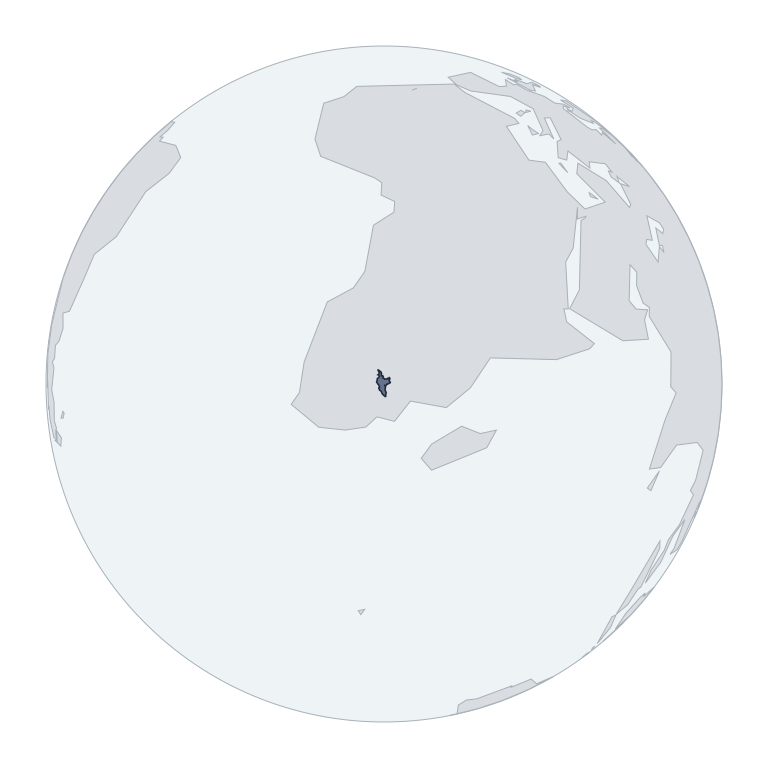 Matabeleland South on an orthographic globe, rotated 44°
{"feature_id": "ZWE-530", "entity_name": "Matabeleland South", "entity_type": "Province", "adm_level": 1, "iso_a3": "ZWE", "parent_name": "Zimbabwe", "parent_adm1": "", "projection": "orthographic", "projection_center": [29.218, -20.916], "detail": "fine", "context": "on_globe", "style": "filled", "palette": "slate", "viewbox_px": 768, "rotation_deg": 44, "n_neighbors": 0, "source": "natural_earth", "source_scale": "10m", "svg_char_len": 8107}
<svg xmlns="http://www.w3.org/2000/svg" viewBox="0 0 768 768"><g transform="rotate(44 384 384)"><circle cx="384" cy="384" r="338" fill="#eef3f6" stroke="#a8b0b8"/><path d="M48.8,341.4L48.6,343.5L51.6,341.1L52.2,351.8L51.3,361.7L53.7,359.9L53.8,365.3L68.5,357.0L80.5,362.3L83.1,381.8L79.0,411.1L89.1,464.0L85.5,492.0L93.9,513.6L107.2,550.2L103.8,556.0L114.4,566.8L120.4,578.9L120.8,584.5L129.2,594.3L129.9,598.2L135.4,601.7L148.9,618.9L159.4,626.4L172.4,639.5L179.3,643.4L179.7,644.9L183.3,648.5L187.7,651.5L183.5,651.7L168.3,641.4L159.5,633.6L159.8,634.8L139.8,615.2L144.6,620.8L121.4,596.0L103.7,572.1L79.7,530.9L69.9,508.6L61.7,485.7L55.3,462.2L50.5,438.4L47.4,414.2L46.1,389.9L46.6,365.6L48.8,341.4ZM194.7,653.2L185.8,653.0L188.9,652.3L180.8,644.9L189.3,646.8L194.7,653.2ZM175.3,632.8L172.0,626.7L174.2,627.2L176.9,631.6L175.3,632.8ZM400.3,46.5L410.6,47.2L405.9,47.2L393.3,46.5L404.2,48.0L403.7,47.4L410.2,48.0L414.1,47.6L418.9,48.2L414.5,47.5L420.7,48.1L423.4,48.5L428.9,49.1L453.7,53.3L478.0,59.4L501.9,67.3L525.1,76.9L547.5,88.3L569.0,101.2L589.5,115.7L608.8,131.7L627.0,149.1L643.7,167.8L659.1,187.7L672.9,208.7L685.1,230.6L695.7,253.4L697.1,257.0L692.5,246.4L693.5,251.1L707.8,290.6L709.9,299.6L708.1,307.8L706.8,300.6L694.6,272.4L697.4,292.6L706.9,320.0L710.3,345.7L705.3,331.9L701.2,309.2L696.8,298.6L694.3,280.1L683.6,248.8L678.3,247.7L675.2,237.1L659.6,210.0L649.9,208.5L636.9,224.7L641.0,252.0L634.0,260.8L610.9,214.1L600.3,187.4L592.2,186.8L568.3,161.6L527.7,151.1L521.8,144.6L514.2,145.8L497.4,137.8L488.2,128.0L478.1,127.3L502.5,153.8L513.3,155.0L522.1,147.5L526.9,156.9L543.1,168.1L525.8,187.0L465.2,200.9L459.2,180.6L412.1,129.5L413.4,124.6L413.2,124.1L412.7,123.1L408.5,131.0L400.4,122.4L425.7,154.9L430.0,170.1L464.4,202.0L461.2,204.9L472.2,212.4L507.2,208.8L507.5,215.7L491.1,246.7L442.4,291.3L448.8,326.7L445.2,357.7L414.9,377.9L417.5,403.6L401.8,412.5L400.8,427.6L388.2,444.0L367.2,460.4L331.4,463.1L329.1,448.9L311.2,423.5L286.2,364.4L295.2,336.2L292.0,316.3L266.1,277.1L271.8,253.5L264.9,245.3L250.6,250.1L242.6,240.7L234.0,242.3L180.3,264.2L164.2,255.8L145.6,223.9L155.5,205.3L157.7,188.8L226.1,119.5L240.1,118.0L293.4,102.2L300.0,102.8L293.1,113.6L332.7,122.3L346.1,112.4L382.5,118.5L407.0,118.5L416.8,99.5L376.5,98.8L370.1,90.4L402.8,83.3L438.0,86.5L436.7,83.4L414.9,75.6L423.4,71.5L407.4,72.9L413.5,75.9L403.6,77.3L397.4,74.8L400.7,73.2L390.2,71.8L377.3,81.6L382.2,85.7L354.4,88.6L359.9,96.0L352.1,100.2L340.0,89.3L341.6,85.2L318.7,77.0L314.5,81.3L335.9,89.8L329.0,89.6L323.6,97.1L322.3,91.2L300.1,82.4L275.3,89.3L242.9,112.9L228.7,118.3L217.1,118.7L229.8,99.7L260.3,90.0L265.2,84.6L259.9,80.7L269.6,78.6L271.1,76.3L282.7,73.4L299.8,65.7L311.7,63.3L319.2,57.7L326.3,56.1L319.8,59.5L321.7,61.3L351.4,58.1L357.3,56.6L359.8,53.6L367.7,53.8L366.3,51.4L383.7,50.3L361.3,50.2L363.6,48.4L374.5,47.0L371.3,46.8L353.5,49.2L350.0,50.4L353.5,51.2L340.5,56.5L330.2,58.5L328.5,54.1L313.6,57.0L318.8,53.7L355.9,47.3L400.3,46.5ZM202.2,148.3L200.2,153.1L202.2,148.3ZM475.5,101.6L496.5,105.9L486.7,93.9L494.0,94.9L488.0,90.9L485.9,93.1L471.2,83.0L480.1,82.1L477.3,78.2L470.2,76.7L456.2,80.4L477.2,94.2L472.5,97.6L475.5,101.6ZM268.3,69.8L271.9,69.5L267.0,72.3L252.0,78.1L258.9,73.7L268.3,69.8ZM278.2,68.6L280.8,64.2L290.2,61.4L284.5,63.5L290.5,62.1L282.9,65.4L289.4,68.0L285.5,70.9L259.8,78.3L270.4,73.9L266.2,74.1L278.2,68.6ZM307.8,98.2L313.0,97.9L321.1,96.6L317.8,101.8L307.8,98.2ZM292.3,92.1L297.0,90.8L296.3,96.5L291.0,97.2L292.3,92.1ZM300.2,85.7L297.3,90.3L295.7,88.2L300.2,85.7ZM324.3,58.6L329.4,57.6L329.7,58.2L326.6,59.6L324.3,58.6ZM409.6,102.4L402.3,105.8L398.7,103.9L401.9,103.1L409.6,102.4ZM357.6,102.3L369.3,104.3L356.6,103.7L357.6,102.3ZM526.7,559.5L527.5,566.0L522.9,564.9L526.7,559.5ZM502.2,358.4L478.1,413.0L462.4,411.6L460.0,394.1L469.2,360.4L487.7,352.8L496.9,339.0L502.2,358.4ZM717.2,435.9L716.7,441.9L716.4,443.2L717.2,435.9ZM718.0,426.0L718.0,431.6L717.4,428.4L718.0,426.0ZM717.5,438.5L717.9,433.8L717.8,436.2L717.5,438.5ZM717.7,422.6L712.7,404.0L709.7,393.0L711.3,389.1L716.1,401.9L717.7,422.6ZM711.0,388.4L705.3,362.5L691.5,305.2L696.6,310.7L709.8,351.4L709.2,355.1L712.6,373.5L711.0,388.4ZM721.1,360.2L721.2,362.2L721.8,376.0L721.9,378.9L721.4,386.6L720.6,399.6L718.7,388.2L717.3,381.3L716.5,360.2L717.0,352.9L718.4,356.9L719.4,342.6L721.1,360.2ZM642.5,255.2L650.1,275.3L645.7,275.9L642.5,255.2ZM700.3,265.3L699.0,262.8L697.4,258.4L698.0,259.0L700.3,265.3ZM661.5,576.8L665.7,570.5L660.5,563.3L662.8,554.1L669.4,546.1L685.8,511.9L685.8,514.5L694.8,494.0L702.0,493.6L708.8,477.3L700.1,503.5L689.2,529.0L676.4,553.4L661.5,576.8ZM721.0,408.9L720.3,417.0L720.4,413.9L721.5,398.5L721.9,388.7L721.0,408.9Z" fill="#d9dde1" stroke="#a8b0b8" stroke-width="1"/><path d="M371.5,378.7L371.3,378.7L370.7,378.4L370.3,378.3L370.2,378.3L370.0,378.2L369.9,378.0L370.2,377.9L370.3,377.8L371.4,377.6L371.6,377.6L372.4,377.5L372.7,377.5L372.8,377.6L373.0,377.6L373.3,377.5L373.4,377.4L373.7,377.5L373.9,377.5L374.2,377.7L374.5,377.8L374.8,378.0L374.8,378.3L375.0,378.4L375.1,378.6L375.3,378.8L375.5,379.0L375.9,379.4L376.0,379.5L376.3,379.7L376.6,379.7L376.8,379.7L376.9,379.3L376.9,379.1L377.0,379.0L377.2,379.3L377.3,379.3L377.5,379.2L377.8,379.2L378.0,379.1L378.1,379.3L378.3,379.3L378.3,379.5L378.5,379.8L378.7,380.0L378.8,380.0L379.0,380.3L379.0,380.5L379.9,380.0L380.0,380.0L380.4,379.9L380.6,380.0L380.9,380.2L381.0,380.2L381.3,379.9L381.9,379.2L381.9,378.9L382.2,378.7L382.6,378.5L382.6,378.4L382.7,378.2L382.6,377.7L383.0,377.7L383.3,377.5L383.4,377.2L383.4,376.9L383.2,376.7L383.4,376.3L383.4,376.2L383.5,376.2L383.3,375.8L383.3,375.7L383.6,375.7L383.8,375.7L383.9,375.8L383.9,375.7L384.0,375.7L384.3,375.8L384.4,376.1L384.6,376.3L384.8,376.5L384.8,376.8L385.0,377.0L385.1,377.3L385.1,377.6L385.1,377.8L385.3,377.9L385.6,377.8L385.9,378.0L386.2,378.2L386.5,378.2L386.7,378.5L386.8,378.5L387.1,378.4L387.3,378.4L387.3,378.6L387.5,378.6L387.6,378.8L387.6,379.0L387.2,379.7L387.2,380.1L386.9,380.9L386.9,381.0L386.8,381.4L386.8,381.5L386.7,381.6L386.4,381.5L386.3,381.8L386.2,382.0L386.1,382.3L386.2,382.5L386.3,382.5L386.5,382.5L386.3,383.9L386.2,384.0L385.4,384.5L385.5,384.6L385.9,384.7L386.2,384.8L386.5,384.7L386.8,384.6L386.9,384.9L386.9,385.0L387.2,385.3L387.4,385.4L387.4,385.5L387.5,385.7L387.5,385.8L387.7,386.1L387.8,386.1L387.8,386.3L388.0,386.5L388.3,386.8L388.5,387.0L388.8,387.3L388.9,387.5L389.0,387.5L389.3,387.6L389.6,387.8L389.6,388.0L390.1,388.1L390.3,388.1L390.5,388.1L390.7,388.3L390.8,388.3L391.0,388.4L391.1,388.5L391.3,388.9L391.5,388.9L391.6,389.0L391.7,388.9L391.8,388.9L391.8,389.0L391.9,389.3L392.0,389.4L392.1,389.5L392.4,390.0L392.5,390.1L392.6,390.3L392.6,390.5L392.8,390.6L393.0,390.8L393.2,391.0L393.3,391.2L393.3,391.3L393.6,391.4L393.6,391.5L393.8,391.6L393.9,391.8L393.9,392.0L394.0,392.2L394.2,392.4L393.9,392.3L393.3,392.2L393.0,392.1L392.8,392.1L392.7,392.2L392.1,392.2L391.9,392.2L391.8,392.4L391.7,392.4L391.4,392.3L391.0,392.2L390.9,392.2L390.8,392.3L390.6,392.4L390.3,392.4L390.1,392.4L389.9,392.4L389.7,392.3L389.7,392.2L389.3,392.1L389.1,392.1L388.9,392.1L388.7,392.0L388.6,391.9L388.4,391.7L388.1,391.7L387.9,391.5L387.7,391.5L387.4,391.4L387.1,391.2L386.6,391.2L386.4,391.1L386.1,391.3L385.9,391.2L385.8,391.3L385.7,391.4L385.3,391.3L385.2,391.4L384.9,391.5L384.3,391.1L384.2,390.9L383.6,390.8L383.4,390.8L383.2,390.7L382.9,390.3L382.9,390.0L382.9,389.8L383.1,389.4L383.0,389.2L382.8,389.1L382.7,389.1L382.2,389.0L381.2,388.6L380.8,388.3L380.7,388.3L380.4,388.3L380.2,388.3L379.9,388.4L379.3,388.1L379.1,388.1L378.9,388.0L378.2,388.0L377.8,387.9L377.5,387.9L377.4,387.9L377.2,387.6L377.1,387.4L377.1,387.2L376.9,386.8L376.8,386.7L376.7,386.6L376.7,386.4L376.5,386.1L376.3,385.9L376.2,385.7L375.8,385.4L375.7,385.3L375.5,385.1L375.5,384.9L375.5,384.5L375.5,384.4L375.5,384.1L375.5,383.7L375.7,383.1L375.7,382.9L375.5,382.4L375.6,382.2L375.6,381.7L375.4,381.5L375.2,381.5L375.0,381.4L374.7,381.5L374.3,381.4L373.6,381.4L373.4,381.5L373.2,381.6L373.3,380.7L373.2,380.0L372.9,379.3L372.8,379.2L372.7,379.2L372.3,379.1L372.2,379.0L372.0,378.8L371.9,378.7L371.7,378.7L371.5,378.7Z" fill="#64748b" stroke="#1e293b" stroke-width="1.5"/></g></svg>